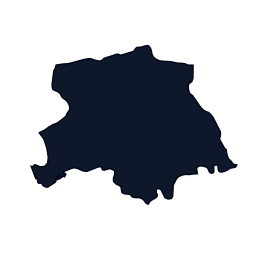 map outline of Ille-et-Vilaine (Mercator projection), rotated 261°
{"feature_id": "FRA-5308", "entity_name": "Ille-et-Vilaine", "entity_type": "Metropolitan department", "adm_level": 1, "iso_a3": "FRA", "parent_name": "France", "parent_adm1": "", "projection": "mercator", "projection_center": [-1.688, 48.172], "detail": "fine", "context": "isolated", "style": "filled", "palette": "ink", "viewbox_px": 256, "rotation_deg": 261, "n_neighbors": 0, "source": "natural_earth", "source_scale": "10m", "svg_char_len": 3002}
<svg xmlns="http://www.w3.org/2000/svg" viewBox="0 0 256 256"><g transform="rotate(261 128 128)"><path d="M92.2,59.4L89.8,57.7L90.5,56.2L88.7,52.9L88.2,49.8L89.1,49.8L89.6,50.7L90.1,51.3L91.6,52.4L90.7,50.2L89.6,49.1L88.3,48.6L86.8,48.5L85.7,47.4L83.3,41.8L82.1,39.5L82.5,37.9L83.4,36.2L84.9,34.8L86.8,34.3L87.3,33.7L87.3,32.3L87.5,31.0L88.6,30.4L93.3,30.4L92.6,29.0L105.3,26.4L105.0,27.2L104.9,28.0L105.4,29.0L106.3,30.4L103.2,35.5L103.2,39.9L106.0,43.2L111.3,44.7L120.5,44.8L130.4,43.2L136.5,39.9L137.3,39.7L137.4,40.1L137.9,41.7L138.1,42.6L138.4,43.9L139.5,46.5L141.5,50.3L142.2,52.6L142.8,53.5L143.1,54.6L143.5,56.8L143.8,58.2L144.9,60.8L148.7,67.6L149.6,68.7L152.8,70.9L153.8,72.0L155.0,73.1L156.9,73.7L159.8,73.6L163.4,72.3L165.3,71.0L167.9,68.4L169.1,67.6L172.2,66.5L173.2,65.9L174.3,65.0L175.2,63.8L176.9,61.1L177.9,59.9L180.2,59.6L183.3,60.0L196.1,63.7L198.1,65.4L201.4,66.9L201.3,74.6L200.9,78.0L201.0,81.2L202.5,95.2L202.6,98.9L202.5,101.0L202.2,102.0L199.7,106.9L199.1,108.5L198.5,110.6L198.6,112.1L198.9,112.9L199.4,113.4L199.7,113.8L200.6,115.8L200.8,116.7L201.0,117.9L201.4,121.5L201.7,122.7L202.5,128.2L202.5,129.3L202.3,130.2L202.0,130.6L201.6,131.0L201.3,131.5L201.0,132.3L202.5,143.9L202.6,144.4L202.9,145.4L203.5,146.4L205.4,148.1L206.0,149.2L206.1,150.5L205.8,152.6L205.9,154.8L206.4,158.0L206.3,159.7L206.2,160.7L206.0,160.9L205.2,161.6L204.1,162.2L202.8,162.7L201.5,163.0L197.2,163.2L195.7,163.6L194.3,164.1L193.1,164.9L192.0,166.0L190.2,168.3L189.6,169.5L189.0,170.7L188.3,173.4L187.0,179.7L186.1,182.6L184.8,185.6L184.2,187.5L183.1,192.5L182.6,194.1L181.9,195.2L180.8,196.6L179.8,202.1L167.2,199.9L165.5,199.2L163.7,198.0L163.2,196.7L162.4,195.2L161.2,194.5L159.9,194.0L157.1,193.7L153.3,194.0L151.9,194.8L149.9,196.8L137.0,203.0L134.3,204.9L133.2,206.0L132.3,207.2L131.5,208.4L130.9,209.7L128.7,211.6L125.2,213.6L110.1,218.5L108.8,218.5L106.4,218.1L102.6,216.6L93.5,219.9L91.0,221.6L86.7,221.5L82.8,222.1L81.9,222.4L81.3,222.8L79.5,224.3L75.6,226.4L74.6,229.6L72.8,228.4L72.4,226.8L72.4,222.9L71.9,221.5L70.7,219.1L70.3,217.5L69.9,214.4L70.1,212.3L71.2,211.1L73.2,210.7L76.1,210.9L77.4,210.4L77.9,208.7L76.7,206.4L71.9,206.1L70.4,205.1L70.4,203.2L71.2,202.0L72.3,201.4L75.4,200.7L76.3,200.1L77.2,199.1L78.3,197.0L79.2,194.3L79.2,191.6L78.0,189.7L76.6,189.3L72.0,189.3L72.3,187.3L72.5,181.4L73.2,177.5L73.2,176.0L73.0,173.4L72.4,171.3L71.5,169.4L70.1,167.8L64.7,163.8L53.7,161.4L51.7,159.9L51.6,156.5L53.4,153.6L61.7,151.1L63.4,149.0L63.4,147.2L62.1,146.0L60.0,145.8L57.7,146.3L56.2,146.2L55.0,144.9L53.0,139.9L52.1,138.3L49.6,135.8L51.1,134.1L54.7,132.1L56.6,130.1L57.5,128.0L58.4,123.3L59.3,121.5L61.5,120.0L62.4,119.1L63.5,114.5L64.3,112.8L65.6,111.9L71.0,111.9L72.9,110.1L74.5,107.6L77.4,105.4L80.7,105.8L84.4,107.7L87.9,108.2L90.6,104.4L90.7,102.3L90.1,98.2L90.6,96.5L91.6,96.0L92.7,95.9L93.7,95.5L94.3,93.9L94.2,92.4L91.8,81.3L91.7,80.0L92.8,76.7L96.0,71.8L97.2,68.7L97.0,66.0L95.1,58.2L94.1,57.1L92.2,59.4Z" fill="#0f172a" stroke="#020617" stroke-width="1.5"/></g></svg>